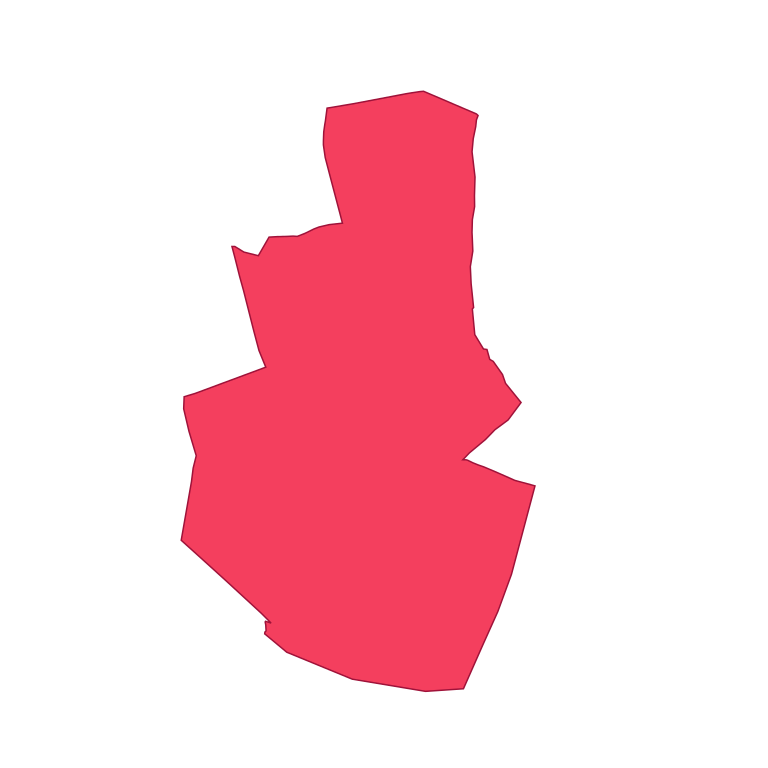 outline of San Andrés Dinicuiti, Oaxaca, Mexico, rotated 113°
{"feature_id": "50627088B73499438773717", "entity_name": "San Andrés Dinicuiti", "entity_type": "district", "adm_level": 2, "iso_a3": "MEX", "parent_name": "Mexico", "parent_adm1": "Oaxaca", "projection": "orthographic", "projection_center": [-97.707, 17.699], "detail": "fine", "context": "isolated", "style": "filled", "palette": "rose", "viewbox_px": 768, "rotation_deg": 113, "n_neighbors": 0, "source": "geoboundaries", "source_scale": "gbopen_adm2", "svg_char_len": 1501}
<svg xmlns="http://www.w3.org/2000/svg" viewBox="0 0 768 768"><g transform="rotate(113 384 384)"><path d="M418.8,205.2L419.2,208.4L421.6,225.9L421.3,244.9L421.3,259.8L421.7,265.5L421.8,271.6L421.7,273.2L421.5,277.3L421.7,278.8L422.9,281.8L414.1,278.5L395.4,268.9L382.7,264.0L368.6,255.7L347.5,250.6L335.9,272.4L329.0,278.6L320.5,292.3L320.0,296.3L312.0,302.7L312.9,306.1L303.1,319.7L300.9,320.9L280.4,332.0L278.6,331.4L257.6,343.0L242.2,350.4L236.5,351.8L226.9,354.2L215.7,359.5L210.1,362.2L198.1,366.9L185.3,369.9L175.3,374.3L157.9,381.1L135.8,393.7L123.3,397.7L111.3,400.1L104.8,402.1L100.1,402.3L99.3,404.4L99.1,462.0L100.6,464.8L100.8,465.2L101.8,466.8L105.4,472.7L108.0,476.8L138.1,521.9L152.3,544.2L164.9,540.7L168.3,539.9L175.4,538.0L183.8,534.8L187.6,533.2L198.5,526.6L214.6,514.2L222.6,508.0L229.7,502.5L244.0,491.4L252.2,485.1L258.7,496.7L264.9,505.2L268.7,509.1L276.1,515.5L282.0,521.5L283.4,525.5L286.3,531.5L288.0,535.3L289.0,537.4L289.9,539.5L293.7,547.2L315.0,549.8L317.3,564.5L315.7,575.1L316.8,577.7L326.1,570.5L341.3,559.0L353.0,549.7L357.6,546.2L386.3,524.4L399.8,513.9L402.0,512.2L414.7,499.4L466.5,554.2L473.8,563.0L485.1,558.7L503.8,545.0L523.4,528.8L536.0,526.8L549.0,523.1L607.1,509.6L614.5,488.1L626.9,452.4L642.9,407.6L648.2,394.5L648.7,400.3L649.5,400.4L652.0,398.7L657.3,396.1L658.9,396.7L660.6,396.2L663.0,388.2L668.9,368.7L668.1,297.8L650.7,225.7L633.5,191.8L586.0,191.1L549.0,190.3L509.4,192.3L418.8,205.2Z" fill="#f43f5e" stroke="#9f1239" stroke-width="1.5"/></g></svg>